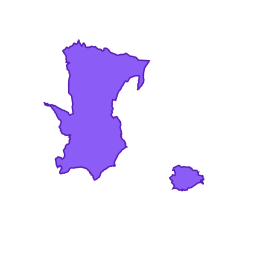 the district of Ayahualulco, Veracruz, Mexico, rotated 25°
{"feature_id": "50627088B50190092788877", "entity_name": "Ayahualulco", "entity_type": "district", "adm_level": 2, "iso_a3": "MEX", "parent_name": "Mexico", "parent_adm1": "Veracruz", "projection": "natural_earth1", "projection_center": [-97.172, 19.399], "detail": "fine", "context": "isolated", "style": "filled", "palette": "violet", "viewbox_px": 256, "rotation_deg": 25, "n_neighbors": 0, "source": "geoboundaries", "source_scale": "gbopen_adm2", "svg_char_len": 5758}
<svg xmlns="http://www.w3.org/2000/svg" viewBox="0 0 256 256"><g transform="rotate(25 128 128)"><path d="M119.7,189.2L120.9,187.9L122.1,185.4L122.6,184.8L122.6,183.9L122.8,183.2L122.3,180.1L122.6,179.0L123.3,177.9L124.1,175.6L124.4,175.5L125.3,174.5L127.0,171.2L128.0,170.3L128.8,169.9L129.9,168.7L131.2,168.5L132.1,168.1L132.2,167.7L131.9,167.1L131.3,167.4L129.9,164.0L130.0,163.9L130.2,160.4L130.2,155.8L131.6,151.7L131.6,150.9L131.8,150.7L131.9,150.2L133.4,147.8L133.9,146.4L134.8,145.7L133.5,145.3L133.0,144.8L132.5,143.3L132.1,143.3L131.7,142.8L131.6,142.4L131.0,141.9L129.8,141.1L128.4,140.8L126.6,140.1L126.1,139.4L125.3,138.9L125.5,138.4L125.1,138.1L124.9,138.3L124.6,137.6L124.6,137.2L125.0,136.9L124.9,136.4L124.0,136.2L124.2,135.8L124.1,135.0L122.9,133.4L122.0,132.8L121.7,132.1L120.3,130.5L120.4,129.9L119.9,127.7L118.7,126.3L118.7,125.9L118.2,125.4L117.5,125.3L116.0,124.2L114.8,123.8L114.6,123.4L113.3,122.5L112.9,122.6L111.7,123.6L111.2,123.8L110.8,125.1L107.2,123.5L107.1,121.7L107.3,120.6L107.1,120.2L106.1,119.5L106.1,119.0L106.4,117.8L106.3,116.8L105.5,116.0L105.1,115.8L104.3,115.2L103.8,113.4L102.8,111.6L102.2,108.6L105.1,108.2L104.5,103.6L104.1,102.2L104.1,101.4L104.2,98.5L104.4,97.5L104.8,96.7L105.0,95.3L104.9,93.4L105.4,90.8L105.4,88.0L105.8,87.3L105.8,86.7L106.5,86.4L107.5,86.5L108.0,85.9L108.2,85.4L108.1,83.9L108.8,81.3L112.7,77.5L115.8,76.0L117.0,77.9L117.3,78.7L117.4,80.0L117.8,80.9L118.3,81.2L118.5,82.4L118.6,84.5L120.5,88.2L120.1,89.5L121.2,88.3L121.6,85.8L122.5,83.7L122.3,82.8L122.4,81.8L122.8,80.9L122.0,77.6L121.4,76.8L120.9,76.6L118.8,71.7L117.6,66.5L118.8,59.6L118.8,58.1L108.5,62.2L107.7,61.5L105.1,60.6L104.6,60.7L103.9,61.2L102.8,61.0L101.6,61.3L100.4,61.8L99.2,62.0L95.0,61.1L94.2,61.6L93.0,63.3L92.3,63.4L92.0,63.7L90.3,64.5L88.0,66.5L87.4,66.7L85.9,66.4L83.5,66.8L83.2,66.7L81.4,66.7L81.0,67.0L79.6,66.8L79.1,66.3L76.4,65.1L74.7,64.9L72.8,65.8L72.8,66.7L73.1,67.1L73.1,67.8L73.3,68.1L73.1,68.4L72.7,68.3L72.4,68.9L71.3,69.0L70.7,68.3L69.9,68.3L68.2,69.0L67.3,69.1L65.1,68.5L64.1,68.0L63.8,68.2L63.6,68.6L61.9,69.2L61.0,69.1L59.6,70.2L59.4,70.5L59.6,70.8L59.1,71.1L58.8,71.2L57.8,72.0L57.6,71.7L56.4,72.4L55.1,72.3L54.2,71.0L52.6,69.9L52.0,69.8L51.5,70.4L51.6,71.8L51.5,73.2L50.6,73.0L49.8,72.3L49.2,72.0L48.9,71.5L47.7,71.1L47.1,70.5L46.9,69.7L46.5,69.4L46.5,70.0L46.2,70.1L46.1,70.6L46.5,71.6L46.3,71.9L46.5,72.7L46.2,73.0L45.8,74.0L44.8,74.2L44.5,73.9L43.5,73.8L43.0,74.7L43.0,76.5L42.6,77.3L41.1,78.7L41.0,79.9L40.1,80.9L38.5,80.6L38.0,81.1L38.0,82.4L37.7,83.3L37.0,84.1L36.9,84.6L36.3,85.3L36.4,85.7L38.6,87.2L39.7,87.7L41.3,89.0L41.9,89.7L42.5,90.9L42.7,91.9L43.3,92.2L43.8,92.9L43.8,93.4L44.3,94.0L44.3,94.7L45.6,94.2L46.4,93.5L47.4,93.7L47.4,94.3L46.5,94.9L46.4,95.2L46.3,96.0L45.9,96.8L46.1,97.4L46.4,97.6L46.6,98.3L47.6,98.9L47.9,100.4L50.7,101.2L50.9,102.3L53.1,104.6L54.2,109.6L54.7,111.2L59.4,121.2L63.2,122.6L67.9,129.6L68.5,132.4L72.2,138.0L70.3,140.5L69.6,140.9L68.5,140.4L67.3,139.3L62.3,139.1L60.9,139.6L60.0,139.3L55.2,139.1L52.2,138.6L51.5,139.3L50.3,138.9L48.5,139.5L47.0,140.6L46.6,140.7L46.3,140.3L45.2,140.3L44.8,139.9L44.4,140.3L42.9,140.7L42.1,140.7L41.9,140.4L41.6,140.5L43.1,142.0L46.0,141.7L46.8,141.2L48.2,141.0L49.5,141.1L50.9,142.2L53.9,143.5L55.1,144.6L57.1,145.7L58.1,146.8L61.2,149.1L62.3,149.4L63.5,149.4L64.8,150.5L65.1,151.6L65.5,154.5L65.4,155.2L65.1,156.0L67.5,157.6L67.9,158.2L67.8,158.7L68.8,159.3L69.9,160.5L71.4,160.9L72.2,160.6L73.2,160.7L73.9,161.0L76.4,160.2L77.6,159.2L78.9,158.6L79.0,159.4L78.5,159.7L78.6,160.5L78.3,161.2L78.8,161.6L79.4,161.4L80.2,162.1L80.4,162.5L79.9,163.3L80.0,163.9L80.6,164.8L80.5,165.4L80.9,165.7L81.2,166.7L80.7,168.1L80.1,168.2L79.6,168.7L79.2,169.8L79.0,170.8L79.6,172.7L79.2,173.9L79.0,175.4L79.4,176.1L81.6,178.4L82.5,180.5L82.6,181.6L82.2,182.3L82.1,183.2L81.3,184.1L80.9,184.1L80.1,183.2L79.1,183.3L78.2,183.7L77.8,183.5L76.7,183.9L76.8,184.4L76.2,185.2L75.9,186.0L75.6,186.0L75.4,186.8L77.2,189.2L78.7,191.7L80.4,193.2L80.9,193.5L81.0,192.8L81.5,192.0L81.7,191.6L82.0,191.9L82.4,190.8L82.9,191.0L83.1,190.9L83.4,191.4L83.8,191.2L85.1,192.3L84.7,193.1L84.8,193.9L84.7,195.4L84.8,195.5L84.7,196.0L84.9,196.5L84.9,197.1L85.5,197.8L86.3,197.9L86.9,197.5L87.9,196.4L89.2,195.9L92.1,192.8L92.1,191.9L92.4,190.8L92.4,189.5L93.1,188.3L95.9,187.1L97.3,186.0L97.8,185.5L98.7,185.3L100.1,184.2L101.1,183.8L101.9,183.2L104.8,182.7L105.4,182.3L106.1,182.6L107.7,182.3L108.5,182.5L109.9,183.3L111.4,183.5L112.0,184.1L112.2,184.7L114.1,185.1L114.3,185.3L114.4,185.9L115.1,185.7L115.6,186.0L116.2,186.1L117.0,186.9L117.1,187.3L118.6,188.7L119.7,189.2ZM207.8,159.0L207.7,157.4L210.5,155.2L213.7,149.8L214.5,148.1L215.5,147.7L216.4,146.6L217.8,146.6L218.2,146.4L219.3,146.9L219.7,146.8L219.6,146.4L217.9,145.1L217.0,145.7L216.7,145.7L216.0,145.1L216.0,144.8L216.8,144.2L217.4,143.4L218.1,143.4L218.3,142.9L218.1,142.1L217.0,141.6L216.6,141.0L216.4,140.2L216.0,139.8L215.7,139.7L215.1,140.4L213.0,140.5L212.0,140.9L211.6,140.8L211.1,140.3L210.9,139.5L210.4,138.7L210.5,138.3L209.8,138.6L209.4,138.3L209.1,137.9L208.3,137.4L207.2,137.9L205.7,138.4L205.2,138.8L204.1,138.9L202.8,137.6L201.5,137.9L201.2,137.9L201.0,137.5L199.9,137.5L199.5,138.0L198.9,138.0L197.9,138.7L194.7,139.6L194.2,140.3L193.8,140.4L193.1,141.0L190.2,140.3L189.1,141.3L186.2,144.7L186.5,147.3L187.8,146.6L190.2,149.5L190.4,151.2L189.9,151.2L188.6,151.8L188.3,151.6L188.1,151.9L188.2,152.6L188.1,153.2L186.9,155.5L187.9,156.4L188.6,156.7L190.4,156.9L190.6,157.0L190.5,158.4L190.6,158.7L190.8,158.6L191.3,159.3L192.3,159.5L194.5,160.8L194.4,163.8L194.8,163.3L198.1,162.0L199.4,162.6L200.9,162.6L203.0,160.9L203.1,161.9L203.3,162.0L203.7,161.7L203.9,160.6L205.3,160.7L206.1,160.3L206.5,159.7L207.1,159.6L207.8,159.0Z" fill="#8b5cf6" stroke="#5b21b6" stroke-width="1.5"/></g></svg>